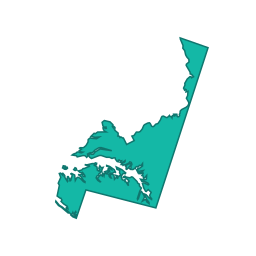 an SVG outline of Maryland, rotated 108°
{"feature_id": "USA-3557", "entity_name": "Maryland", "entity_type": "State", "adm_level": 1, "iso_a3": "USA", "parent_name": "United States of America", "parent_adm1": "", "projection": "natural_earth1", "projection_center": [-76.6, 38.826], "detail": "fine", "context": "isolated", "style": "filled", "palette": "teal", "viewbox_px": 256, "rotation_deg": 108, "n_neighbors": 0, "source": "natural_earth", "source_scale": "10m", "svg_char_len": 6033}
<svg xmlns="http://www.w3.org/2000/svg" viewBox="0 0 256 256"><g transform="rotate(108 128 128)"><path d="M202.1,177.3L195.8,176.7L192.5,179.3L191.7,178.1L193.0,175.7L191.8,176.4L191.2,176.0L192.7,173.5L194.6,172.7L197.7,169.0L197.1,168.8L195.4,170.1L193.0,170.5L192.7,170.1L192.7,169.7L194.0,168.7L194.3,168.2L194.0,167.8L196.2,167.0L196.0,166.4L195.4,166.2L190.8,166.4L189.9,166.6L189.5,168.0L189.1,168.2L188.6,167.6L189.2,164.2L194.2,161.9L191.5,161.4L190.6,160.9L190.2,159.8L190.9,157.3L192.8,153.9L193.1,152.1L192.2,152.3L191.7,154.0L189.0,157.2L187.6,161.1L187.4,159.1L186.1,157.4L186.3,156.6L187.6,156.1L187.9,155.2L187.5,153.9L186.3,154.6L184.2,157.6L185.0,158.4L185.1,160.0L184.2,162.0L182.2,159.0L180.5,158.2L179.8,156.8L176.3,152.8L175.7,153.3L176.4,155.9L176.3,157.2L176.0,157.2L175.7,155.6L172.9,151.1L172.3,149.2L171.2,148.2L171.2,146.9L172.7,146.7L173.3,148.5L173.8,148.6L174.7,145.4L177.5,144.2L177.3,143.6L178.0,142.9L177.6,142.0L176.7,141.9L176.2,141.9L175.3,143.3L172.7,143.1L174.1,141.1L173.1,139.5L175.9,139.9L178.5,139.2L177.5,139.9L178.5,140.7L179.3,140.5L180.6,141.6L181.6,141.3L183.4,142.8L185.3,142.9L187.2,140.6L187.9,137.9L187.6,137.6L185.9,140.8L184.7,141.3L181.0,139.5L181.6,137.6L179.7,138.3L178.8,137.9L181.0,136.0L178.2,136.3L177.8,135.6L178.3,134.7L178.1,133.6L176.7,136.6L175.0,134.3L175.4,133.2L176.6,133.4L175.1,131.9L174.2,132.4L173.3,134.4L172.5,134.0L172.2,132.3L172.6,130.9L171.6,131.7L171.6,133.2L170.9,134.2L170.9,136.5L170.2,136.7L170.2,133.6L171.9,128.2L173.9,126.2L174.2,126.3L173.9,127.2L176.1,129.0L176.1,130.2L177.9,132.0L179.8,131.0L180.8,129.4L180.7,128.5L179.1,130.0L177.7,130.3L176.9,128.7L177.2,126.8L181.0,125.0L178.7,124.0L179.0,122.3L178.4,122.2L178.0,123.9L176.8,125.0L176.8,121.7L175.3,120.8L174.5,120.8L173.3,122.2L170.8,122.8L170.8,125.7L168.7,127.1L169.5,121.0L171.4,116.3L172.3,116.4L172.7,118.6L175.9,119.5L176.8,119.2L178.9,117.5L179.1,116.3L178.1,114.8L179.7,114.4L179.4,114.0L182.8,109.7L179.8,111.3L178.7,110.9L179.3,110.1L177.8,110.9L176.1,115.1L176.5,117.2L175.9,117.3L174.7,116.1L175.2,114.7L175.0,112.4L174.7,110.8L173.3,109.4L173.3,108.4L176.0,103.0L177.5,101.5L177.8,99.9L179.7,99.1L181.0,96.7L184.5,97.3L192.2,97.3L193.1,96.8L192.0,96.3L185.5,96.3L184.2,95.5L187.0,92.2L188.7,90.9L193.1,91.7L191.1,89.9L190.6,88.9L192.5,87.2L193.4,84.6L192.3,85.0L190.1,88.2L185.7,92.1L185.8,90.2L187.8,86.7L188.7,83.5L188.0,83.6L186.7,85.6L185.4,86.6L182.0,86.1L180.3,89.7L182.8,91.1L182.7,91.8L180.2,94.5L176.2,97.2L175.4,96.4L175.3,95.3L175.9,91.3L175.1,90.9L174.2,92.0L173.6,96.3L174.5,98.3L172.8,100.3L172.4,97.6L171.5,95.0L170.9,94.7L167.4,95.6L170.4,96.9L170.3,97.9L170.6,97.9L168.7,99.1L168.9,100.1L166.4,99.5L166.1,99.8L167.9,102.5L167.4,103.4L165.5,101.0L163.7,100.3L165.3,103.3L166.5,104.4L167.6,104.4L165.2,106.9L165.4,105.6L164.9,105.4L164.3,106.2L163.0,106.1L163.2,105.0L159.7,102.4L157.3,103.2L159.7,104.0L160.0,105.7L161.2,105.9L162.1,107.9L163.2,108.8L163.8,108.5L166.0,110.5L166.6,112.9L166.0,114.2L165.5,113.0L164.9,112.8L163.0,113.5L162.0,113.1L162.1,113.7L167.0,115.9L167.8,116.6L167.6,117.2L165.4,117.7L164.9,118.7L162.4,116.8L160.5,113.6L159.7,114.2L159.6,115.8L160.9,116.2L163.5,118.8L164.3,120.7L165.1,121.2L164.5,121.9L164.8,123.1L162.8,122.2L161.7,120.8L160.3,120.4L159.8,120.7L161.3,121.6L163.2,123.8L163.1,124.9L161.2,124.2L161.8,125.5L161.1,126.2L161.5,127.2L163.2,126.9L163.2,128.0L161.5,130.4L160.5,130.9L160.6,132.0L161.9,133.8L161.6,136.6L162.5,139.3L162.4,145.1L163.1,146.9L168.3,153.3L167.8,155.1L166.6,156.9L165.1,156.7L164.2,156.1L164.3,154.4L163.7,152.8L160.9,151.8L156.6,148.1L154.6,136.4L154.9,147.5L155.7,149.5L157.4,151.1L159.0,152.5L162.4,154.2L163.2,156.4L165.2,158.5L167.2,157.6L168.7,158.2L167.7,160.0L167.8,161.2L168.1,162.3L171.2,167.4L170.3,168.4L171.0,172.8L169.8,172.0L167.7,169.4L166.8,169.1L166.0,167.7L166.3,166.2L166.0,164.4L164.9,163.4L165.3,165.2L164.4,167.3L162.7,165.8L162.1,167.8L161.5,167.4L160.7,164.8L160.0,163.9L157.6,162.5L153.8,161.7L151.2,162.3L148.9,160.8L149.1,159.5L147.9,154.5L145.4,152.5L147.0,156.4L147.3,160.6L143.5,158.6L143.5,157.3L141.2,155.6L138.5,147.7L138.2,149.3L137.2,150.8L135.6,151.9L135.1,151.7L135.4,148.9L135.0,148.5L133.8,149.3L134.7,150.5L133.8,152.5L130.6,154.4L128.2,152.8L127.7,147.0L129.5,143.4L131.4,143.4L132.2,142.3L130.5,142.9L131.5,140.6L134.2,139.9L135.9,135.8L137.9,135.2L139.4,135.4L138.4,134.7L138.8,132.9L139.5,132.7L138.7,131.5L139.2,130.0L138.9,129.3L144.1,124.2L138.1,118.2L134.5,121.8L133.3,120.0L129.3,118.8L128.5,116.3L127.5,115.3L124.7,114.2L120.7,113.8L119.6,113.2L117.3,110.9L116.4,109.3L116.8,108.3L119.0,106.1L119.1,105.0L118.7,104.1L115.8,102.8L114.5,100.9L110.5,99.7L107.3,99.5L106.3,99.1L105.7,97.9L106.2,94.8L105.8,93.8L103.2,92.4L104.1,91.7L103.9,90.3L104.8,89.3L102.5,89.6L101.9,88.9L102.4,87.8L101.7,87.0L100.7,88.5L99.8,85.8L101.8,84.8L102.0,83.9L101.3,83.0L100.3,82.7L99.2,83.4L97.9,83.1L95.8,83.6L93.9,82.7L90.4,79.2L88.3,77.9L85.9,77.7L84.6,78.4L81.6,81.7L78.8,81.3L74.5,82.3L75.8,84.0L73.6,84.5L73.4,85.3L74.5,85.9L72.9,87.5L69.6,87.1L67.9,87.8L63.1,86.8L60.1,85.0L59.7,84.0L60.6,83.1L59.0,81.5L57.3,84.2L57.4,85.5L55.6,86.3L50.5,92.0L49.3,92.2L46.4,90.4L43.9,91.3L42.3,94.0L40.6,95.8L36.9,98.0L35.2,100.5L32.6,101.1L27.4,105.6L26.2,106.2L26.9,76.7L195.4,76.8L199.9,148.9L227.9,149.3L228.0,149.7L227.7,150.5L226.4,150.2L227.3,151.9L227.0,152.7L224.2,151.4L223.6,151.9L225.7,152.7L226.0,154.0L225.4,154.4L227.2,154.6L227.5,156.1L224.3,161.9L222.8,162.0L223.2,160.3L221.2,161.6L220.1,165.7L218.5,169.0L216.9,168.6L215.5,170.1L215.8,170.6L214.6,174.4L203.6,175.6L202.1,177.3ZM219.8,174.0L222.7,169.4L223.6,165.7L226.6,159.3L227.6,158.0L224.0,166.8L223.2,170.2L220.7,173.9L219.8,174.0ZM186.2,177.9L185.0,177.5L185.1,177.9L183.9,177.9L183.6,175.7L184.5,175.3L185.3,175.8L185.8,175.3L184.1,174.1L184.1,173.6L185.1,173.1L186.5,174.2L186.8,175.7L186.2,177.9ZM184.4,166.8L182.1,166.1L182.3,164.8L183.7,163.8L184.8,165.1L184.4,166.8ZM229.8,149.3L229.5,153.1L228.2,156.0L229.1,149.3L229.8,149.3Z" fill="#14b8a6" stroke="#0f766e" stroke-width="1.5"/></g></svg>